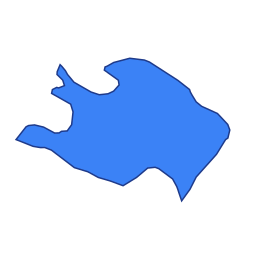 Samayac, Suchitepéquez, Guatemala (Natural Earth projection), rotated 121°
{"feature_id": "79465075B7655458484390", "entity_name": "Samayac", "entity_type": "district", "adm_level": 2, "iso_a3": "GTM", "parent_name": "Guatemala", "parent_adm1": "Suchitepéquez", "projection": "natural_earth1", "projection_center": [-91.468, 14.571], "detail": "fine", "context": "isolated", "style": "filled", "palette": "blue", "viewbox_px": 256, "rotation_deg": 121, "n_neighbors": 0, "source": "geoboundaries", "source_scale": "gbopen_adm2", "svg_char_len": 993}
<svg xmlns="http://www.w3.org/2000/svg" viewBox="0 0 256 256"><g transform="rotate(121 128 128)"><path d="M108.7,218.8L116.2,217.7L118.7,216.4L120.6,208.6L124.4,204.3L129.4,208.1L129.9,210.0L134.0,212.6L137.7,211.3L137.1,189.4L142.5,183.4L154.2,178.0L161.8,178.6L165.1,183.3L167.7,184.5L170.1,188.3L170.7,200.8L173.5,209.7L177.1,214.5L179.5,216.0L195.6,218.0L192.6,199.9L189.9,193.0L187.6,189.3L186.4,182.3L189.6,153.6L186.2,139.9L185.7,128.0L182.6,116.2L180.0,102.5L166.0,95.2L152.2,90.5L147.7,84.5L147.0,80.7L148.7,63.5L153.1,56.0L155.1,53.5L156.7,51.7L162.8,44.5L148.5,43.3L134.9,44.3L105.0,38.6L87.7,38.4L85.2,37.2L77.3,39.7L73.6,44.3L69.5,58.8L71.5,76.0L70.5,83.0L66.9,89.9L65.1,93.0L63.3,95.1L61.5,109.7L60.4,143.5L61.3,148.9L67.3,162.4L79.2,174.0L85.7,177.7L87.5,179.1L90.6,178.1L92.0,160.9L95.7,157.8L103.8,159.3L108.9,162.7L111.6,166.2L114.3,169.8L116.2,178.2L116.6,197.9L113.3,207.4L111.1,211.2L109.3,216.3L108.7,218.8Z" fill="#3b82f6" stroke="#1e3a8a" stroke-width="1.5"/></g></svg>